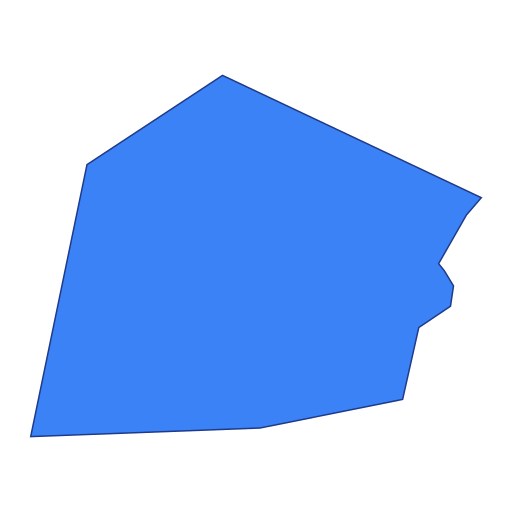 an SVG outline of Iloilo
{"feature_id": "PHL-5526", "entity_name": "Iloilo", "entity_type": "Highly Urbanized City", "adm_level": 1, "iso_a3": "PHL", "parent_name": "Philippines", "parent_adm1": "", "projection": "albers", "projection_center": [122.575, 10.743], "detail": "fine", "context": "isolated", "style": "filled", "palette": "blue", "viewbox_px": 512, "rotation_deg": 0, "n_neighbors": 0, "source": "natural_earth", "source_scale": "10m", "svg_char_len": 285}
<svg xmlns="http://www.w3.org/2000/svg" viewBox="0 0 512 512"><path d="M481.3,197.7L466.4,215.0L438.6,263.7L444.3,270.7L453.5,285.9L450.5,306.2L418.8,327.5L402.6,399.4L260.0,428.0L30.7,436.6L87.0,164.6L222.5,75.4L481.3,197.7Z" fill="#3b82f6" stroke="#1e3a8a" stroke-width="1.5"/></svg>